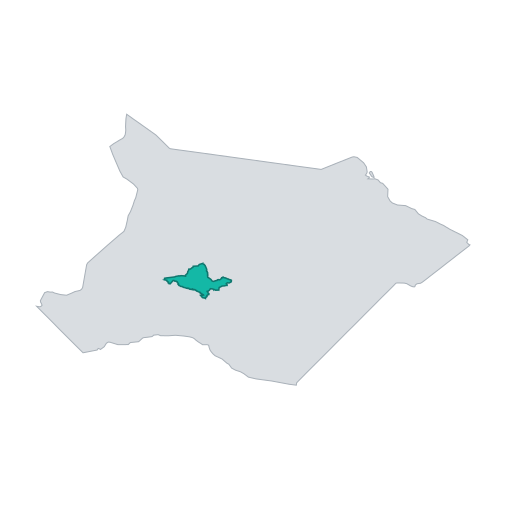 location of Samburu North, Rift Valley, Kenya, rotated 278°
{"feature_id": "3690345B53062225546696", "entity_name": "Samburu North", "entity_type": "district", "adm_level": 2, "iso_a3": "KEN", "parent_name": "Kenya", "parent_adm1": "Rift Valley", "projection": "equal_earth", "projection_center": [36.739, 1.705], "detail": "fine", "context": "in_parent", "style": "filled", "palette": "teal", "viewbox_px": 512, "rotation_deg": 278, "n_neighbors": 0, "source": "geoboundaries", "source_scale": "gbopen_adm2", "svg_char_len": 7867}
<svg xmlns="http://www.w3.org/2000/svg" viewBox="0 0 512 512"><g transform="rotate(278 256 256)"><path d="M133.7,313.9L133.6,306.9L134.4,288.9L134.3,273.2L135.0,265.3L137.8,260.3L139.2,256.7L140.1,251.6L141.6,247.5L145.1,244.1L145.7,242.3L149.3,236.7L151.5,229.4L153.1,227.0L155.2,224.7L156.6,223.5L159.0,222.3L160.9,221.6L161.2,221.1L161.4,219.9L160.7,215.4L161.5,214.0L162.8,211.0L164.3,208.2L165.6,206.4L166.3,204.6L166.7,201.4L166.7,199.2L166.7,195.6L166.3,187.3L164.8,180.3L163.8,172.6L164.5,170.0L163.3,165.5L162.7,165.2L161.7,164.2L160.5,160.0L159.5,156.1L158.9,155.1L154.8,151.7L152.8,143.6L150.5,141.8L149.3,133.8L149.0,131.5L150.3,123.5L150.2,121.7L148.8,120.0L145.0,118.3L141.8,115.0L142.3,113.8L142.5,112.6L140.8,111.8L136.1,98.2L142.2,90.0L148.5,81.6L156.4,71.1L163.8,61.5L170.1,53.1L175.7,45.7L175.6,47.1L175.6,49.0L176.3,50.2L177.4,51.0L179.1,50.1L180.5,49.0L181.8,48.7L190.3,51.8L191.7,54.5L191.6,57.4L192.0,59.5L191.3,61.6L190.6,68.0L190.8,73.9L193.4,78.3L195.6,81.7L197.4,86.5L198.8,87.9L200.6,88.7L206.4,88.9L215.0,89.2L223.3,89.5L224.1,89.6L225.8,90.3L233.5,96.8L240.4,102.7L246.4,107.8L252.1,112.8L257.7,117.7L262.0,121.8L266.3,123.0L273.2,123.6L278.0,123.8L282.4,125.5L289.0,127.1L293.9,127.9L296.9,128.8L305.2,129.7L306.5,129.2L310.2,124.7L314.2,117.4L315.8,113.4L321.1,109.4L330.3,103.8L336.8,99.9L344.1,96.0L347.4,99.4L351.9,104.9L353.9,107.6L355.6,108.8L358.0,109.6L361.1,109.6L362.7,109.5L366.0,108.8L373.9,108.1L378.4,108.2L374.6,115.4L370.1,124.2L361.8,140.2L355.5,148.7L350.7,155.1L350.3,156.2L350.3,163.3L350.4,180.7L350.5,215.5L350.6,250.4L350.7,285.2L350.8,302.6L350.8,308.5L355.0,315.8L359.1,322.9L364.5,332.4L367.4,337.5L367.9,339.2L367.7,342.5L363.3,349.6L359.6,352.9L354.7,354.4L353.2,354.1L351.3,353.1L350.5,354.8L349.9,357.4L348.8,356.9L348.0,356.1L348.5,360.8L349.0,363.1L348.3,366.3L345.9,369.0L345.6,371.3L340.5,377.4L333.1,378.1L329.2,381.1L327.5,383.6L326.2,389.0L326.7,397.2L324.6,403.6L324.2,406.8L320.4,410.9L318.7,414.7L317.5,418.6L316.4,420.3L315.1,428.9L313.3,434.1L312.8,435.9L312.4,437.4L311.0,440.5L310.2,442.6L309.5,444.0L305.0,457.5L301.5,463.5L298.8,462.8L297.0,465.2L296.8,466.3L295.8,465.7L293.5,463.5L288.8,458.9L284.1,454.3L279.4,449.8L274.7,445.2L270.0,440.7L265.3,436.1L260.6,431.5L255.9,427.0L253.2,424.3L251.9,422.7L251.0,419.6L250.5,418.8L249.3,417.8L247.8,417.6L247.4,417.0L247.4,415.4L247.9,413.3L249.6,409.1L249.8,406.6L249.5,403.8L248.9,399.3L248.5,398.3L245.3,396.0L238.8,391.1L232.3,386.1L225.7,381.2L219.2,376.3L212.7,371.4L206.1,366.5L199.6,361.6L193.1,356.6L186.5,351.7L180.0,346.8L173.4,341.9L166.9,337.0L160.4,332.1L153.8,327.1L147.3,322.2L140.7,317.3L138.3,315.5L136.1,313.9L133.7,313.9ZM351.2,361.7L350.1,362.0L350.7,359.7L354.0,356.6L355.4,357.3L355.7,358.0L355.6,358.7L355.0,359.3L351.2,361.7Z" fill="#d9dde1" stroke="#a8b0b8" stroke-width="1"/><path d="M216.7,173.5L216.5,173.1L216.5,174.9L220.3,177.4L220.2,178.0L220.3,178.4L220.2,178.5L220.0,178.8L219.8,178.9L219.8,179.0L220.0,179.5L219.9,179.7L219.8,179.9L219.9,180.3L219.9,180.6L219.7,180.7L219.5,180.9L219.6,181.5L219.1,181.8L218.6,182.1L218.3,182.6L218.0,182.9L217.6,183.1L217.1,183.2L216.8,183.4L216.8,183.1L216.7,183.2L216.5,183.5L216.3,183.8L216.1,183.8L216.0,184.0L216.0,184.5L215.9,184.8L215.4,185.5L215.5,186.0L215.4,186.5L215.5,187.5L215.1,187.8L215.1,188.1L215.0,188.4L214.9,188.5L214.8,188.8L214.8,189.0L214.8,189.7L214.7,189.5L214.8,189.8L214.8,190.0L214.7,190.8L214.5,191.1L214.4,191.6L214.4,191.8L214.5,191.7L214.6,192.3L214.7,193.0L214.5,193.7L214.6,193.9L214.4,194.0L214.3,194.3L214.2,194.4L214.2,194.5L213.9,194.8L213.9,195.5L213.9,196.0L214.0,196.1L214.1,195.9L214.2,196.2L214.1,196.6L214.1,196.8L213.9,196.8L213.9,197.2L213.9,197.3L214.1,197.6L214.5,197.8L214.2,198.3L214.2,198.5L213.9,198.9L214.0,199.1L214.0,199.3L213.8,199.1L213.8,199.4L214.0,199.6L214.0,199.9L214.2,199.6L214.2,199.9L214.1,200.2L214.0,200.5L213.9,200.5L213.7,200.8L213.7,201.2L213.5,201.5L213.5,201.8L213.4,201.9L213.0,202.0L213.0,202.9L212.8,203.1L212.7,203.6L212.5,204.0L212.4,204.8L212.3,205.3L212.2,205.8L211.8,205.6L211.7,205.6L211.6,205.8L211.5,206.3L211.3,206.5L211.3,206.8L211.2,207.1L211.1,207.5L210.9,207.6L210.7,207.9L210.3,209.3L210.1,209.4L210.0,209.5L209.6,208.7L209.5,207.6L209.6,207.4L209.6,207.0L209.4,206.5L209.1,206.9L209.0,207.6L208.7,207.6L208.6,207.4L208.3,207.6L207.8,208.3L207.5,208.6L207.3,208.8L207.3,209.0L207.3,209.9L207.2,210.1L207.2,210.3L207.2,210.5L207.3,210.9L206.9,211.9L207.0,211.9L207.8,211.7L208.0,211.8L208.5,212.7L208.7,212.9L209.0,213.1L209.3,213.1L209.6,212.9L209.9,212.8L210.1,212.8L210.4,213.3L210.6,213.5L210.9,213.9L211.2,214.0L211.2,214.3L211.5,214.2L211.8,214.1L211.9,214.4L212.0,214.7L212.3,214.5L212.4,214.3L212.8,213.7L213.5,213.2L213.7,212.9L213.8,212.7L214.2,212.5L214.3,212.7L214.2,213.0L214.6,213.7L214.9,213.8L215.1,214.1L215.5,214.5L215.8,214.7L216.1,214.8L216.4,215.0L217.0,215.2L217.3,215.4L217.3,215.5L217.1,215.9L217.1,216.1L217.3,216.2L217.3,216.5L217.4,216.9L217.4,217.1L217.3,217.4L217.3,217.6L217.2,217.8L217.1,218.3L216.9,218.5L217.1,218.5L217.0,218.8L217.1,219.0L216.9,219.8L216.6,220.1L216.5,220.3L216.5,220.5L216.5,220.9L216.7,221.1L216.7,221.3L216.6,221.5L216.7,222.2L216.8,222.3L216.8,222.6L217.0,223.1L217.1,223.5L217.0,223.9L217.6,223.9L219.7,223.9L220.6,225.4L220.7,225.5L220.9,225.8L221.1,225.9L221.1,226.0L221.5,226.6L221.8,227.8L221.9,228.6L222.2,229.2L222.3,229.6L222.5,230.0L222.6,230.4L222.8,230.8L222.8,231.2L222.8,231.4L222.8,232.1L223.0,231.5L223.3,231.3L223.9,231.2L224.1,231.0L224.4,230.6L224.5,230.4L224.7,230.5L224.8,230.6L225.0,230.8L225.3,231.2L225.6,231.5L225.5,233.1L225.8,233.5L226.0,233.7L226.2,234.1L226.5,234.7L227.0,234.9L227.2,235.1L227.8,235.1L227.9,234.7L228.0,234.7L228.4,234.9L228.4,235.3L228.6,235.4L228.6,235.6L228.6,235.2L228.7,234.4L228.9,234.0L228.9,233.8L228.9,233.0L229.0,232.6L229.2,232.3L229.2,232.0L229.2,231.9L229.4,231.7L229.3,231.4L229.3,231.2L229.5,230.7L229.6,230.4L229.6,230.2L229.8,229.9L229.8,229.7L229.9,229.3L229.9,229.1L229.9,228.8L230.1,228.5L230.0,228.3L230.0,228.0L230.1,227.7L230.1,227.1L230.4,226.6L230.5,226.6L230.6,226.4L230.5,226.1L230.3,226.0L230.2,225.9L230.0,225.7L229.8,225.2L229.6,225.3L229.3,225.3L229.2,224.9L228.9,224.8L228.8,224.7L228.6,224.6L227.6,223.7L227.3,223.0L227.3,222.8L227.4,222.3L227.4,222.0L227.3,221.6L227.1,221.3L226.7,221.2L226.4,220.8L226.4,220.4L226.0,219.9L225.8,219.0L225.5,218.8L224.9,217.4L224.9,217.1L225.0,216.8L225.0,216.5L225.2,216.0L225.4,215.6L226.0,215.2L226.3,214.9L226.4,214.7L226.7,214.4L226.7,214.2L227.0,213.9L227.1,213.6L227.3,213.0L227.5,212.8L227.6,212.4L227.9,212.2L228.0,211.9L228.1,211.2L230.1,210.7L230.3,210.8L230.5,211.0L231.2,210.5L231.4,210.5L231.6,210.6L232.0,210.4L232.2,210.5L232.4,210.4L232.6,210.5L233.3,209.9L233.6,209.9L233.8,209.7L234.0,209.5L234.0,209.2L234.4,209.0L234.7,209.0L235.1,209.0L235.3,209.2L235.5,209.1L235.8,209.0L236.1,209.0L236.7,208.6L237.1,208.4L237.4,208.2L237.6,208.1L237.8,207.9L238.2,207.8L238.4,207.5L238.8,207.3L239.4,207.0L239.8,206.4L240.1,206.3L240.4,205.8L240.5,205.7L240.4,205.5L240.5,205.1L241.2,204.3L241.3,204.3L239.7,201.0L239.2,200.7L238.1,200.1L237.1,195.2L235.9,195.1L235.5,194.3L234.3,193.2L234.0,192.9L233.8,192.3L233.7,191.3L232.5,191.2L231.6,190.9L231.0,190.6L229.1,190.5L229.0,190.4L228.6,189.9L228.0,189.5L227.2,188.8L226.8,188.8L226.4,189.1L226.2,189.1L226.2,188.4L226.3,187.6L226.3,187.4L226.2,186.4L226.2,185.7L226.1,184.6L225.7,183.4L225.5,181.9L225.4,181.8L224.6,179.3L224.0,178.5L221.7,169.9L221.5,169.5L221.3,168.6L221.2,168.5L220.7,168.6L219.8,168.9L219.7,168.7L219.6,169.3L219.6,169.8L219.6,170.1L219.5,170.7L219.5,170.9L219.5,171.1L219.4,171.1L219.2,170.9L218.6,171.5L218.3,172.1L218.2,172.5L217.9,172.8L217.8,172.6L217.8,173.1L217.7,173.5L217.6,173.1L217.4,172.8L217.3,172.7L217.2,172.7L217.1,172.8L217.1,173.2L217.1,173.4L216.7,173.5Z" fill="#14b8a6" stroke="#0f766e" stroke-width="1.5"/></g></svg>